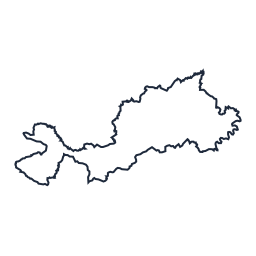 Mae Chan, Chiang Rai, Thailand (Mercator projection)
{"feature_id": "78962969B91989740231276", "entity_name": "Mae Chan", "entity_type": "district", "adm_level": 2, "iso_a3": "THA", "parent_name": "Thailand", "parent_adm1": "Chiang Rai", "projection": "mercator", "projection_center": [99.757, 20.164], "detail": "fine", "context": "isolated", "style": "outline", "palette": "slate", "viewbox_px": 256, "rotation_deg": 0, "n_neighbors": 0, "source": "geoboundaries", "source_scale": "gbopen_adm2", "svg_char_len": 5828}
<svg xmlns="http://www.w3.org/2000/svg" viewBox="0 0 256 256"><path d="M187.2,78.7L185.8,78.1L184.3,79.7L183.3,80.0L183.5,80.7L182.1,80.8L180.9,82.1L180.2,80.1L177.6,78.6L176.9,79.9L176.7,79.7L174.8,81.1L170.8,87.0L168.0,88.1L167.8,89.3L166.8,90.7L161.1,88.2L160.5,87.6L160.3,85.9L159.8,85.5L158.0,86.8L157.1,88.3L155.8,88.0L155.1,88.3L154.4,87.6L152.5,87.1L149.0,87.1L147.2,86.3L146.2,86.6L145.2,87.5L144.8,88.9L146.4,89.7L146.5,90.3L145.0,91.5L144.1,93.4L143.1,93.6L140.8,95.4L140.1,97.4L140.4,98.7L139.7,101.7L138.8,102.0L136.3,101.2L134.2,101.6L133.2,101.1L133.3,100.3L131.7,98.5L131.3,99.4L131.8,99.5L131.7,99.9L128.5,102.0L127.5,101.9L127.8,100.9L127.4,100.6L126.8,100.6L126.1,101.4L122.6,101.7L122.9,104.6L121.5,105.4L121.0,104.9L120.5,106.2L119.9,106.4L120.4,106.8L120.6,110.8L119.6,111.7L119.3,113.1L118.6,113.5L118.9,115.2L117.8,115.4L117.3,116.1L117.7,118.3L116.3,118.3L114.5,119.7L114.7,120.2L113.0,120.8L112.3,122.0L112.7,123.8L113.7,124.3L115.3,127.2L114.9,129.5L114.2,130.7L114.4,131.2L115.1,130.5L116.3,131.1L116.2,133.0L115.8,134.0L116.2,134.5L111.6,137.5L112.7,138.4L112.9,139.2L113.6,139.2L114.0,140.8L114.4,140.6L114.4,141.0L115.0,141.1L115.2,142.6L113.8,143.6L109.9,144.0L108.1,145.3L103.0,147.0L101.0,147.0L97.0,144.6L94.3,147.1L93.4,145.4L91.1,143.7L89.4,144.2L87.0,143.6L84.3,144.5L84.0,147.7L85.3,148.7L84.5,148.8L83.0,148.0L81.9,149.2L81.0,149.7L80.2,149.2L80.0,150.2L78.8,150.1L78.3,150.7L76.8,150.6L75.7,149.9L74.2,150.2L73.4,151.0L70.3,148.5L69.8,148.8L69.8,148.2L68.8,148.8L67.8,148.5L67.8,146.9L67.0,147.0L65.4,145.5L64.2,145.4L62.7,141.7L61.3,140.9L61.4,140.1L60.9,140.2L61.4,139.6L61.0,138.7L60.4,138.9L60.2,137.7L58.9,137.5L58.9,136.3L57.8,136.1L58.1,135.6L57.8,135.1L57.2,135.1L56.3,133.4L55.3,133.0L55.8,131.8L54.6,130.9L54.9,130.1L54.2,128.0L54.4,127.2L52.7,127.7L52.1,126.9L51.4,127.7L50.6,127.0L50.9,126.2L49.9,125.5L48.5,125.7L48.8,126.7L48.0,126.8L47.9,126.0L47.3,126.1L47.3,125.4L45.9,124.1L45.5,124.4L43.9,123.7L43.2,123.9L40.6,123.3L38.6,124.1L38.0,123.6L36.6,124.6L34.9,124.5L33.5,127.9L34.0,129.4L33.3,131.5L33.7,134.7L30.5,135.0L28.7,133.6L26.1,132.6L23.7,133.0L23.5,133.4L24.3,135.0L27.0,138.5L30.5,138.8L36.6,141.4L40.6,141.7L43.5,144.1L45.8,144.9L46.7,146.1L45.9,150.6L42.0,153.4L41.5,154.5L40.9,154.5L39.7,152.5L38.1,152.2L36.9,153.2L33.4,154.0L32.3,155.1L31.3,155.1L31.4,155.8L30.7,156.3L25.9,157.1L24.7,158.3L22.5,158.5L21.7,159.4L20.9,159.6L20.2,160.5L18.4,161.4L16.8,161.6L16.0,162.1L16.0,163.0L15.6,163.3L15.9,163.8L15.4,164.7L16.1,166.4L16.1,167.5L20.4,170.0L21.0,170.9L20.4,171.8L23.6,172.4L25.4,174.2L26.0,175.8L26.8,175.9L27.7,177.1L29.5,177.8L30.1,178.7L31.4,178.6L34.1,180.9L37.5,182.1L38.5,183.6L43.3,184.4L45.0,183.9L47.2,185.1L48.1,184.4L48.5,182.5L47.3,179.9L47.5,178.1L48.5,178.3L49.5,177.4L50.3,177.9L53.2,177.4L54.0,177.9L54.8,177.8L54.3,176.7L54.9,176.7L55.0,176.3L54.6,175.8L55.4,173.8L56.3,173.4L56.8,171.9L56.2,170.7L56.9,170.2L58.1,170.3L58.2,169.2L57.7,168.8L58.9,166.9L58.0,165.7L58.3,165.1L59.0,164.9L58.5,163.0L60.9,161.7L62.2,160.1L63.2,156.5L64.0,155.5L64.0,154.2L65.5,155.0L67.7,155.1L69.6,156.5L73.0,156.7L75.4,161.7L77.3,161.3L78.8,163.0L82.5,163.3L86.0,164.7L87.5,166.7L87.8,170.0L89.4,171.4L89.4,174.4L88.1,177.1L88.4,182.4L89.4,181.3L92.3,180.4L93.3,178.6L94.3,178.0L95.4,179.0L98.5,179.4L103.5,181.5L105.3,180.8L106.6,179.5L106.9,178.6L106.2,178.1L106.8,176.8L106.4,176.3L107.4,176.3L107.9,175.8L107.9,173.0L108.3,172.6L110.2,171.8L112.4,172.3L113.5,172.1L116.3,168.8L117.7,167.9L120.0,168.2L121.8,169.2L127.6,169.7L129.3,168.2L129.7,167.4L129.6,166.5L131.4,165.8L131.9,164.0L134.8,162.9L136.2,161.6L136.1,159.7L135.1,157.1L136.4,155.2L140.4,154.2L142.9,152.4L146.3,151.3L147.6,149.9L152.0,147.2L156.5,150.6L157.5,150.1L158.8,150.4L159.7,152.3L162.1,152.3L165.4,151.2L165.3,146.9L167.1,145.8L169.4,145.2L171.2,146.3L173.1,146.0L174.5,147.7L175.2,147.8L176.0,146.2L178.6,144.2L180.1,146.9L182.3,145.5L183.0,143.9L187.5,139.2L188.3,139.8L188.3,140.5L189.1,141.1L189.8,143.3L190.6,142.6L190.5,142.2L191.6,141.7L193.6,141.7L194.2,142.5L195.8,142.5L195.8,143.6L197.1,144.4L197.2,144.9L196.1,146.5L197.8,147.7L197.8,148.1L198.7,149.1L198.8,150.2L200.1,151.9L202.5,152.0L202.7,151.3L205.4,151.0L209.0,149.1L212.1,149.2L213.8,150.5L214.2,149.0L215.4,148.7L216.7,150.2L217.5,150.3L217.5,149.6L216.5,148.3L215.5,144.2L215.6,143.1L216.2,142.2L217.2,141.7L218.6,143.1L221.0,143.1L221.5,141.8L220.4,140.5L219.9,139.0L220.8,137.9L222.1,138.0L223.8,139.0L226.0,138.4L228.3,139.2L229.0,137.3L228.1,134.7L228.1,132.2L229.1,131.9L230.4,132.3L231.8,134.3L232.9,134.6L233.8,133.2L233.1,130.7L233.5,129.5L234.8,129.2L236.9,130.0L237.8,129.6L236.8,126.5L234.9,125.4L232.5,125.7L232.0,124.1L232.5,123.3L235.7,121.1L237.3,120.7L239.7,121.3L240.6,120.8L240.6,119.9L239.6,117.3L236.7,115.2L236.8,114.4L238.4,112.8L238.6,111.9L237.8,111.3L236.1,111.1L236.3,110.4L235.9,109.5L234.6,110.2L234.2,108.9L232.9,108.1L230.9,108.3L228.5,106.4L228.0,107.1L228.1,108.4L225.7,107.1L225.5,108.9L225.8,109.7L224.6,110.9L225.1,112.6L224.2,113.7L222.8,113.7L222.3,114.4L221.1,114.5L219.5,113.9L218.9,112.5L219.9,111.6L220.4,109.4L219.4,108.1L217.7,107.2L216.9,107.8L216.1,107.6L216.5,101.0L216.2,99.1L214.0,98.5L213.6,97.7L212.0,96.4L210.7,96.2L208.0,94.3L207.4,93.4L206.6,93.4L205.6,91.5L203.7,89.8L200.0,89.9L200.2,88.1L199.8,87.7L200.2,87.3L199.7,86.7L200.9,84.8L200.6,84.2L201.4,83.5L199.8,82.8L200.3,82.0L200.0,81.1L200.4,79.5L201.3,79.0L201.6,75.8L203.0,74.8L202.5,73.6L203.6,73.5L203.5,71.8L202.9,71.8L202.8,70.9L202.1,71.8L201.4,71.6L201.6,72.3L201.2,72.7L200.9,71.9L199.3,73.7L198.7,73.3L198.1,74.0L197.6,73.6L197.2,74.3L196.5,73.9L196.5,74.3L195.9,74.5L195.3,74.2L195.3,73.4L194.6,73.5L194.8,74.0L194.2,74.4L194.6,75.0L192.7,76.1L191.2,78.0L190.5,77.9L190.3,77.2L189.6,78.0L188.7,78.1L188.2,77.5L187.6,77.7L187.2,78.7Z" fill="none" stroke="#1e293b" stroke-width="2"/></svg>